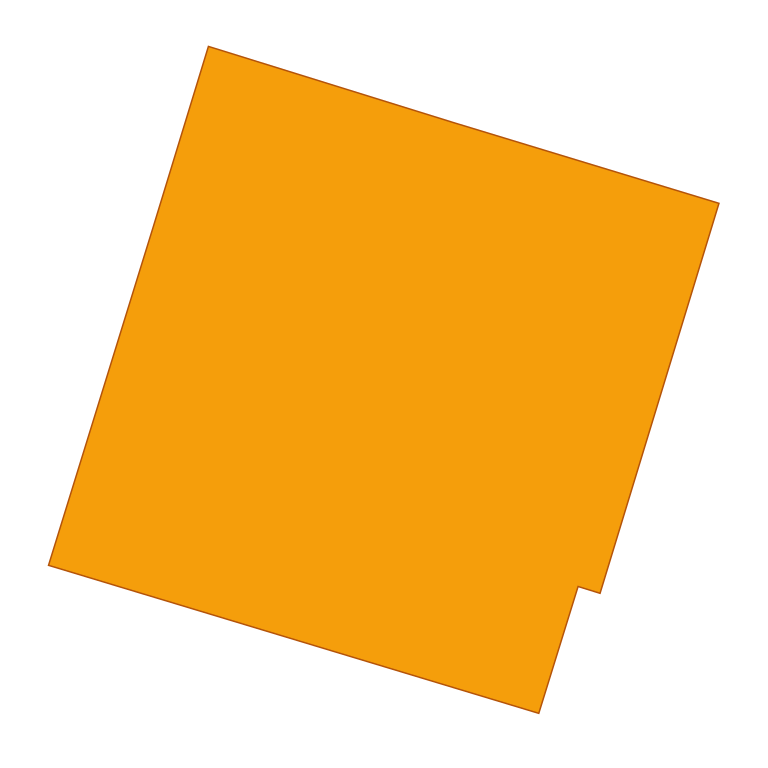 Mason, Texas, United States of America (orthographic projection), rotated 107°
{"feature_id": "52423323B11317235464600", "entity_name": "Mason", "entity_type": "district", "adm_level": 2, "iso_a3": "USA", "parent_name": "United States of America", "parent_adm1": "Texas", "projection": "orthographic", "projection_center": [-99.262, 30.72], "detail": "fine", "context": "isolated", "style": "filled", "palette": "amber", "viewbox_px": 768, "rotation_deg": 107, "n_neighbors": 0, "source": "geoboundaries", "source_scale": "gbopen_adm2", "svg_char_len": 279}
<svg xmlns="http://www.w3.org/2000/svg" viewBox="0 0 768 768"><g transform="rotate(107 384 384)"><path d="M113.7,394.9L112.5,650.6L300.9,650.6L655.5,651.8L653.7,139.7L520.9,139.2L521.0,116.2L113.3,116.5L113.7,394.9Z" fill="#f59e0b" stroke="#b45309" stroke-width="1.5"/></g></svg>